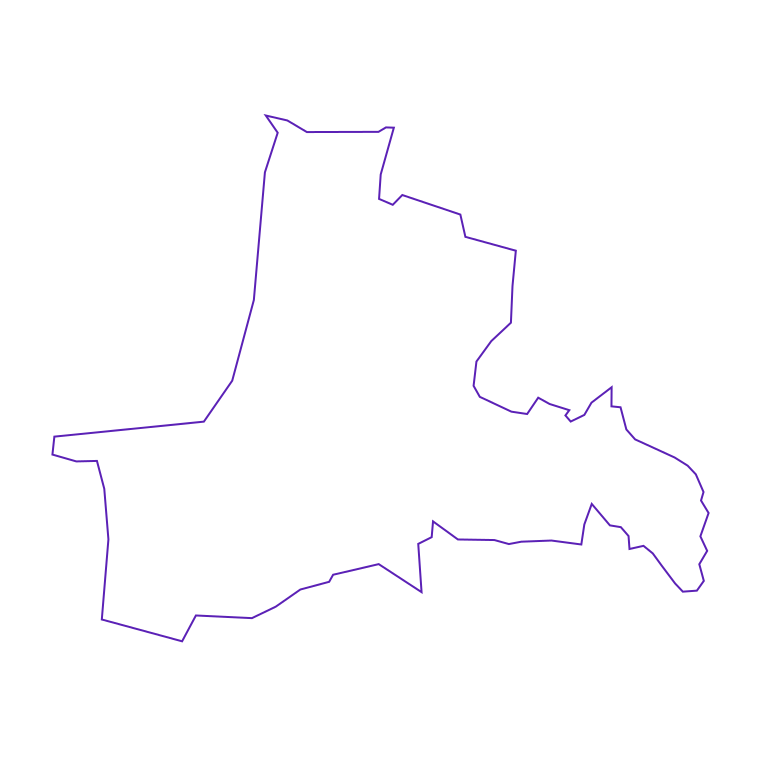 the district of Gijduvan, Bukhoro, Uzbekistan, rotated 272°
{"feature_id": "79887680B42366565573671", "entity_name": "Gijduvan", "entity_type": "district", "adm_level": 2, "iso_a3": "UZB", "parent_name": "Uzbekistan", "parent_adm1": "Bukhoro", "projection": "equal_earth", "projection_center": [64.807, 40.434], "detail": "fine", "context": "isolated", "style": "outline", "palette": "violet", "viewbox_px": 768, "rotation_deg": 272, "n_neighbors": 0, "source": "geoboundaries", "source_scale": "gbopen_adm2", "svg_char_len": 1194}
<svg xmlns="http://www.w3.org/2000/svg" viewBox="0 0 768 768"><g transform="rotate(272 384 384)"><path d="M648.2,256.5L631.4,269.0L591.4,257.6L463.4,251.0L382.0,232.2L340.1,205.3L319.9,56.4L301.9,55.1L295.9,79.2L297.1,99.8L269.5,108.1L219.1,114.0L138.8,110.2L119.8,191.2L146.1,204.1L145.4,260.2L157.7,283.6L175.7,307.6L184.4,336.1L191.6,339.8L203.8,385.0L177.3,428.8L225.4,423.8L232.6,437.0L248.4,437.8L231.2,463.3L231.9,499.8L228.4,514.4L231.2,526.8L233.4,556.8L230.5,586.8L250.6,589.1L271.4,595.8L250.6,614.7L249.2,625.7L240.6,633.7L227.7,635.1L231.3,649.0L224.1,658.5L212.0,668.0L194.8,681.9L186.9,689.9L188.4,703.9L198.4,710.5L214.9,705.4L228.5,712.8L242.8,705.5L266.4,712.9L278.6,704.9L287.2,707.1L304.6,698.8L313.0,690.3L320.7,677.0L337.4,636.9L347.0,627.8L369.0,621.2L369.6,612.1L388.7,611.6L372.6,592.0L360.1,585.3L353.0,571.9L358.9,566.4L364.3,570.1L369.8,550.2L375.7,538.6L359.0,528.1L360.8,512.3L374.5,480.2L385.3,473.6L409.7,475.6L430.6,489.7L449.7,508.7L486.4,509.0L521.8,511.1L533.9,460.2L556.0,454.4L573.5,395.7L563.4,386.5L568.8,372.6L593.3,373.4L640.5,384.9L640.5,377.0L635.8,369.7L633.1,298.1L644.0,278.2L648.2,256.5Z" fill="none" stroke="#5b21b6" stroke-width="2"/></g></svg>